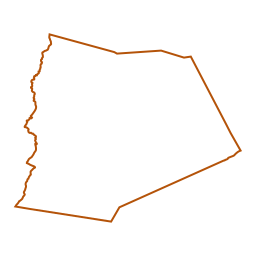 San Francisco de La Paz, Olancho, Honduras (Mercator projection)
{"feature_id": "27666195B84408666272476", "entity_name": "San Francisco de La Paz", "entity_type": "district", "adm_level": 2, "iso_a3": "HND", "parent_name": "Honduras", "parent_adm1": "Olancho", "projection": "mercator", "projection_center": [-86.243, 14.84], "detail": "fine", "context": "isolated", "style": "outline", "palette": "amber", "viewbox_px": 256, "rotation_deg": 0, "n_neighbors": 0, "source": "geoboundaries", "source_scale": "gbopen_adm2", "svg_char_len": 4999}
<svg xmlns="http://www.w3.org/2000/svg" viewBox="0 0 256 256"><path d="M119.4,207.3L223.6,160.6L224.2,160.5L224.6,160.4L224.9,160.2L225.1,160.1L225.3,159.8L225.9,159.7L226.7,159.4L227.3,159.1L227.8,158.7L228.1,158.1L228.4,157.8L230.6,156.9L233.0,156.0L234.1,155.4L235.7,153.7L237.6,152.1L239.1,151.2L239.9,150.9L240.6,150.6L230.6,133.0L226.0,124.0L190.8,56.6L184.0,57.6L161.1,50.6L117.0,53.6L114.3,52.1L49.6,34.4L49.3,36.8L49.3,37.3L49.3,37.6L49.5,38.2L49.9,39.0L50.0,39.2L50.0,39.6L50.1,39.9L50.6,40.9L50.9,41.8L50.9,42.2L51.0,43.2L51.1,43.9L51.1,44.0L50.9,44.4L50.5,44.8L50.2,45.0L49.4,45.7L49.2,45.8L49.1,46.0L48.9,46.4L48.6,47.1L48.3,48.5L47.9,49.3L47.7,49.7L47.6,49.8L47.1,50.0L45.8,50.7L45.3,50.8L44.9,50.9L44.6,51.0L43.2,52.1L42.6,52.3L42.5,52.5L42.4,52.6L42.3,52.9L42.3,53.5L42.4,53.8L42.8,55.3L42.9,57.0L42.7,57.3L42.2,57.9L41.9,58.3L41.9,58.5L42.0,58.9L42.0,59.0L41.0,60.0L41.0,60.7L41.1,61.2L41.2,61.5L41.4,61.8L41.9,62.1L42.0,62.2L41.9,62.6L41.7,62.9L41.7,63.1L41.8,63.2L41.8,63.3L41.7,63.6L41.5,63.8L41.1,64.1L40.9,64.2L40.7,64.5L40.6,64.8L40.5,65.2L40.6,66.3L40.6,67.3L40.6,67.5L40.4,67.7L40.3,67.9L40.3,68.1L40.3,68.5L40.3,68.8L39.8,69.4L39.7,69.7L39.7,70.1L39.7,70.9L39.7,71.2L39.6,71.4L39.4,71.5L38.9,71.5L38.6,71.5L38.5,71.9L38.8,73.0L38.7,73.1L38.6,73.3L38.3,73.6L37.7,74.0L37.3,74.2L37.0,75.1L36.9,75.3L36.7,75.3L36.3,75.1L36.1,75.0L35.9,75.0L35.8,75.3L35.5,75.9L35.4,76.0L34.5,76.1L34.3,76.2L34.2,76.3L34.1,76.5L34.2,76.8L34.3,77.0L34.2,77.4L34.1,77.5L33.9,77.8L34.0,78.1L34.2,78.4L34.3,78.8L34.3,79.2L34.2,79.4L34.1,79.5L33.6,79.6L32.5,79.8L32.4,79.8L32.2,79.9L31.9,80.2L31.6,80.6L31.4,81.0L31.3,81.3L31.3,81.5L31.3,81.8L31.4,82.0L31.5,82.2L31.7,82.4L31.9,82.6L32.1,82.7L32.3,82.7L32.4,82.8L32.5,82.9L32.5,83.0L32.3,83.4L32.2,83.6L32.1,83.8L32.0,84.0L32.0,84.4L32.1,84.7L32.2,85.3L32.2,85.7L32.2,86.0L32.1,86.4L31.9,86.5L31.3,87.0L31.0,87.2L31.0,87.4L31.0,87.6L31.1,87.9L31.3,88.1L31.6,88.2L32.0,88.3L32.1,88.5L32.2,88.9L31.9,90.6L32.0,90.9L32.1,91.2L32.4,91.5L32.8,91.9L34.3,92.6L34.4,92.8L34.6,93.2L34.8,93.8L34.8,94.0L34.7,94.2L34.3,94.9L34.2,95.2L34.2,95.6L34.2,96.2L34.1,96.9L34.0,97.2L33.9,97.4L33.7,97.5L33.6,97.8L33.7,98.1L34.2,98.8L34.3,98.9L34.3,99.0L34.3,99.3L34.0,99.6L33.8,100.0L33.7,100.4L33.7,100.8L33.8,100.9L34.2,101.1L35.0,101.5L35.3,101.9L35.4,102.3L35.4,103.9L35.4,104.3L35.6,105.2L35.9,105.9L36.1,106.5L36.1,106.8L36.1,107.3L36.0,108.2L35.6,109.3L34.9,110.6L34.6,111.1L32.4,114.2L32.1,114.6L30.8,116.0L31.0,116.6L31.2,116.9L31.7,117.2L31.9,117.4L32.0,117.5L31.6,118.2L31.4,118.3L31.0,118.3L30.8,118.2L30.5,118.0L30.4,118.0L30.1,118.0L30.0,117.9L29.9,117.9L29.6,118.0L29.5,118.5L29.5,118.9L29.5,119.0L29.1,119.5L28.4,120.2L28.2,120.3L27.8,120.4L27.4,120.4L27.1,120.4L26.9,120.5L26.7,120.8L26.7,121.0L26.8,121.2L27.3,121.6L27.3,121.9L26.8,122.9L26.4,124.1L26.1,124.5L25.7,125.0L25.1,125.8L24.7,126.6L24.7,127.0L24.8,127.1L26.2,127.3L26.6,127.5L27.1,127.8L27.4,128.1L27.9,128.5L28.2,128.7L28.3,128.8L28.5,129.2L28.6,129.6L28.2,130.3L28.4,131.2L28.4,131.6L28.6,131.9L28.7,132.2L29.0,132.4L29.4,132.8L29.6,132.9L29.8,132.9L30.1,132.9L30.7,132.8L31.0,132.8L31.2,133.1L31.7,133.4L32.3,133.6L32.5,133.6L32.9,133.6L33.2,134.1L33.5,134.3L33.8,134.4L34.0,134.6L34.2,135.0L34.3,135.1L34.5,135.2L35.2,135.6L35.6,136.0L35.8,136.1L35.9,136.5L36.0,136.9L35.9,137.1L35.8,137.3L35.4,137.7L35.3,137.8L35.2,137.9L35.3,138.1L35.6,138.5L35.8,138.8L35.9,139.0L35.7,139.4L35.4,139.7L35.2,140.0L35.1,140.5L35.2,140.8L35.4,141.1L35.5,141.3L35.7,141.8L35.8,142.3L36.0,142.7L36.2,143.0L36.5,143.2L36.7,143.3L36.8,143.5L36.8,143.9L36.7,144.1L36.3,144.4L36.0,144.4L35.8,144.4L35.6,144.4L35.3,144.3L35.3,144.8L35.6,145.6L35.8,146.6L36.0,148.1L36.0,148.9L36.0,149.4L35.9,150.0L35.8,150.5L35.6,150.8L35.0,151.7L34.3,152.6L33.8,153.7L33.3,154.7L32.5,155.8L31.9,156.8L30.9,157.6L29.7,158.4L28.9,159.1L28.7,159.4L28.6,159.6L27.8,161.1L27.4,161.7L26.9,162.3L26.5,162.7L26.4,162.8L26.2,162.8L26.6,163.0L27.1,163.2L28.3,163.7L28.9,164.0L29.4,164.3L29.8,164.6L30.9,165.1L32.3,165.7L33.1,166.0L33.5,166.2L34.1,166.4L34.4,166.6L34.7,166.9L35.0,167.2L35.0,167.3L35.0,167.5L34.8,167.7L34.5,167.9L34.0,168.1L33.1,168.8L32.7,169.3L31.9,170.1L31.1,170.9L30.8,171.3L30.6,171.7L30.6,171.8L30.6,173.2L30.8,174.1L30.8,174.3L30.8,174.6L30.5,175.0L30.2,175.2L30.1,175.3L29.9,175.5L29.7,175.8L29.4,176.5L28.9,177.0L28.6,178.0L28.5,178.3L28.4,178.7L27.8,179.0L27.6,179.2L27.5,179.4L27.3,180.1L27.2,180.9L27.1,181.1L27.0,181.3L26.6,181.7L26.3,182.0L26.0,182.5L25.8,183.0L25.7,183.5L25.6,183.9L25.6,184.2L25.7,184.9L26.0,185.9L26.0,186.3L26.0,186.6L25.9,187.2L25.4,188.6L25.2,189.5L24.9,190.2L24.7,190.6L24.0,191.9L23.9,192.1L23.9,192.6L24.0,193.0L24.4,193.7L24.7,194.4L24.7,194.7L24.6,194.9L23.8,196.0L23.3,196.4L23.2,196.6L22.9,197.3L22.2,198.9L21.4,199.6L20.6,200.3L19.7,201.0L19.2,201.2L19.1,201.4L18.9,201.7L18.6,202.3L18.1,203.0L17.4,203.9L16.8,204.4L16.6,204.7L16.4,204.9L16.1,205.4L16.0,205.7L15.6,206.2L15.4,206.5L30.1,209.0L111.1,221.6L119.4,207.3Z" fill="none" stroke="#b45309" stroke-width="2"/></svg>